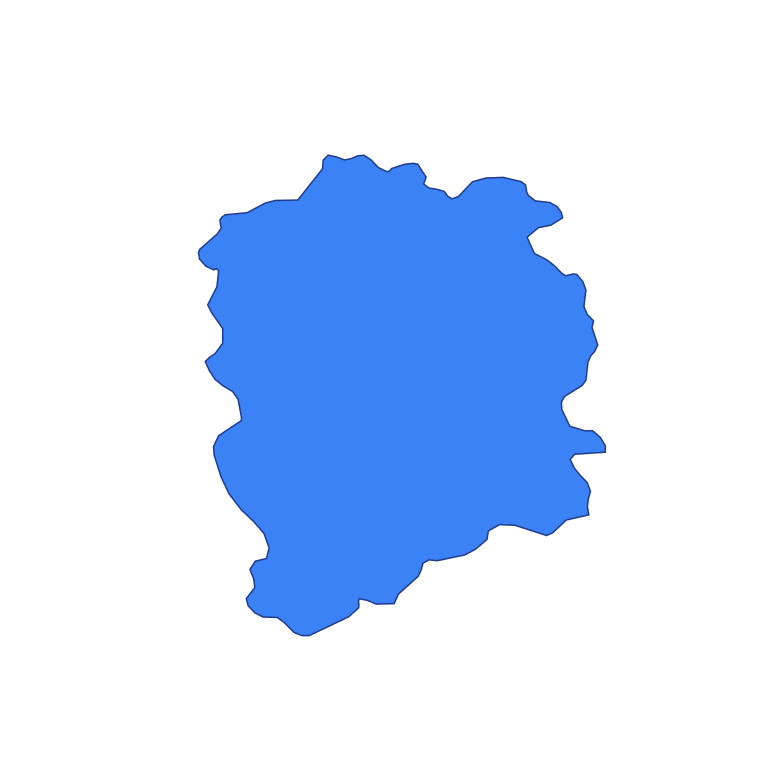 the Voivodeship of Łódź, rotated 320°
{"feature_id": "POL-3147", "entity_name": "Łódź", "entity_type": "Voivodeship", "adm_level": 1, "iso_a3": "POL", "parent_name": "Poland", "parent_adm1": "", "projection": "mercator", "projection_center": [19.498, 51.569], "detail": "fine", "context": "isolated", "style": "filled", "palette": "blue", "viewbox_px": 768, "rotation_deg": 320, "n_neighbors": 0, "source": "natural_earth", "source_scale": "10m", "svg_char_len": 2055}
<svg xmlns="http://www.w3.org/2000/svg" viewBox="0 0 768 768"><g transform="rotate(320 384 384)"><path d="M371.1,152.3L389.3,164.8L409.1,169.0L418.8,173.6L436.2,187.7L475.3,179.6L481.3,173.4L488.3,172.8L493.4,179.3L498.0,187.2L503.9,190.3L510.5,192.3L515.7,195.9L518.1,203.7L518.8,214.5L522.6,223.1L525.3,224.5L528.2,223.8L541.2,229.0L548.5,234.0L551.1,237.3L549.2,252.6L542.9,256.3L544.4,262.8L549.5,268.6L554.0,275.3L553.5,281.1L555.2,286.0L561.9,288.2L581.9,285.9L594.4,291.7L608.1,302.3L619.1,317.2L620.4,322.2L618.7,325.6L616.8,328.4L615.8,332.3L617.6,341.0L627.7,351.6L630.6,359.3L630.1,366.5L627.7,371.5L614.0,369.6L602.7,363.5L588.0,363.5L583.1,380.6L588.7,394.0L590.6,403.4L591.3,413.0L592.7,417.9L599.6,421.2L602.1,424.0L602.1,433.7L598.9,442.0L586.8,453.3L584.4,461.5L585.1,470.4L579.7,474.4L572.8,491.5L566.5,494.4L560.3,495.4L554.3,498.3L541.2,510.8L535.1,512.5L514.3,509.6L508.4,511.8L503.8,517.8L499.2,535.9L507.8,549.0L513.6,553.7L515.4,563.7L513.9,573.5L509.7,578.5L484.8,560.3L478.1,561.5L475.7,571.1L475.6,580.7L476.3,590.1L473.1,599.0L466.6,603.4L461.1,608.5L456.8,615.9L436.3,605.4L417.4,606.4L411.1,604.5L393.5,576.4L382.1,566.0L369.5,563.6L363.0,569.3L348.0,569.4L335.8,566.8L311.1,553.5L305.4,547.6L298.7,546.3L292.8,550.4L286.6,553.3L260.0,554.2L250.6,558.8L236.4,547.4L232.1,538.9L227.0,532.7L224.8,533.9L223.0,537.0L220.6,539.2L207.3,539.6L165.1,528.7L159.6,524.2L155.4,516.6L154.2,502.6L152.3,494.4L141.5,484.7L138.0,476.4L137.4,466.6L140.5,459.9L154.2,456.9L159.0,449.4L162.1,439.9L171.5,437.0L181.8,442.1L190.7,435.7L196.0,421.3L195.7,405.2L193.8,388.6L194.7,368.5L199.6,350.0L208.3,329.1L213.2,322.4L224.0,317.3L251.2,320.3L253.4,317.9L262.4,301.9L263.2,292.3L259.7,282.5L257.5,271.8L258.9,261.3L261.5,251.9L267.4,251.4L273.9,252.2L286.5,249.2L296.1,237.9L297.8,218.7L299.8,210.1L318.5,202.1L330.2,190.9L329.7,187.9L326.9,187.1L323.3,179.4L323.0,169.5L324.8,167.1L326.1,164.2L329.4,162.4L352.7,161.9L359.8,159.8L361.5,156.3L363.9,152.8L367.4,152.1L371.1,152.3Z" fill="#3b82f6" stroke="#1e3a8a" stroke-width="1.5"/></g></svg>